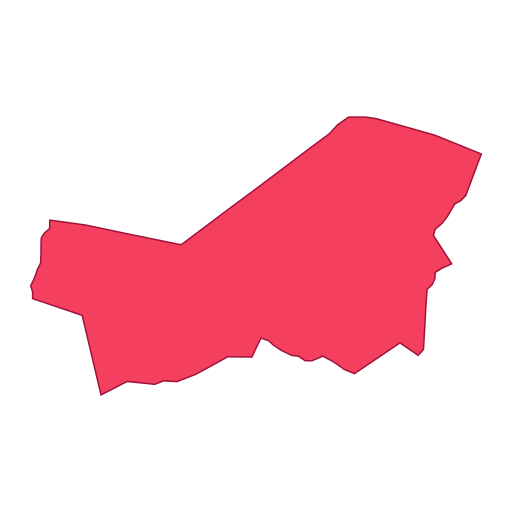 Glória do Goitá, Pernambuco, Brazil
{"feature_id": "56859067B24226847288398", "entity_name": "Glória do Goitá", "entity_type": "district", "adm_level": 2, "iso_a3": "BRA", "parent_name": "Brazil", "parent_adm1": "Pernambuco", "projection": "albers", "projection_center": [-35.342, -8.009], "detail": "fine", "context": "isolated", "style": "filled", "palette": "rose", "viewbox_px": 512, "rotation_deg": 0, "n_neighbors": 0, "source": "geoboundaries", "source_scale": "gbopen_adm2", "svg_char_len": 993}
<svg xmlns="http://www.w3.org/2000/svg" viewBox="0 0 512 512"><path d="M481.3,154.0L434.9,135.2L376.1,118.6L366.0,117.1L357.5,117.1L348.6,117.1L337.8,124.6L329.4,133.7L310.5,147.7L296.2,158.5L283.1,168.4L255.3,189.3L229.0,208.8L207.2,225.2L181.1,244.8L128.2,234.0L111.2,230.4L85.4,225.0L49.8,220.1L49.6,228.5L44.4,233.1L41.2,238.1L41.0,246.3L41.0,254.3L40.6,263.0L37.4,269.5L35.5,275.1L33.2,280.7L30.7,285.7L32.6,291.9L32.6,298.6L82.2,315.4L101.0,394.9L127.1,381.5L154.8,384.3L163.5,380.9L177.0,381.6L196.4,374.0L219.4,361.4L227.7,356.8L251.9,357.0L258.2,343.7L261.0,338.1L268.7,340.8L273.6,345.3L281.3,350.4L291.4,355.3L298.4,356.2L305.1,360.7L311.8,360.8L322.8,356.2L332.7,361.4L337.5,364.6L344.4,369.5L354.5,373.6L399.9,342.9L418.1,355.3L423.5,349.5L425.9,306.1L427.1,289.4L432.2,284.6L434.9,278.6L435.2,272.4L442.1,268.1L451.7,263.8L433.4,235.4L435.2,229.2L442.1,223.3L447.2,216.7L454.9,203.8L460.6,200.7L465.7,195.7L481.3,154.0Z" fill="#f43f5e" stroke="#9f1239" stroke-width="1.5"/></svg>